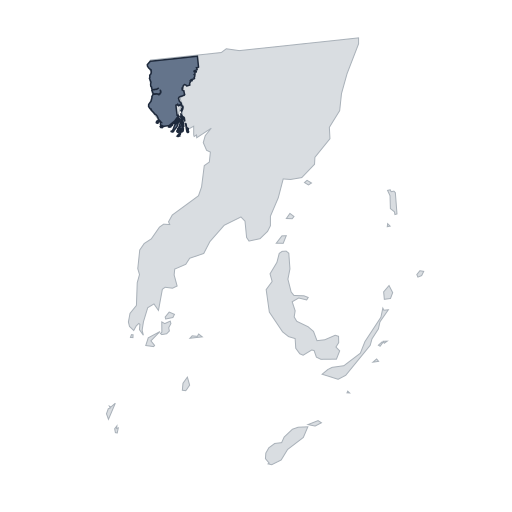 South Fly District, Western, Papua New Guinea (highlighted), rotated 84°
{"feature_id": "67681753B32450151371022", "entity_name": "South Fly District", "entity_type": "district", "adm_level": 2, "iso_a3": "PNG", "parent_name": "Papua New Guinea", "parent_adm1": "Western", "projection": "natural_earth1", "projection_center": [142.961, -8.494], "detail": "fine", "context": "in_parent", "style": "filled", "palette": "slate", "viewbox_px": 512, "rotation_deg": 84, "n_neighbors": 0, "source": "geoboundaries", "source_scale": "gbopen_adm2", "svg_char_len": 9677}
<svg xmlns="http://www.w3.org/2000/svg" viewBox="0 0 512 512"><g transform="rotate(84 256 256)"><path d="M50.1,340.4L50.0,269.2L46.8,263.9L50.0,251.2L49.8,131.2L55.7,131.8L84.2,146.4L103.4,154.0L120.2,157.6L135.7,169.6L147.1,170.2L164.0,187.1L170.9,188.2L182.8,202.3L183.5,213.7L182.2,220.9L200.5,227.8L217.9,237.5L227.4,238.5L232.7,241.9L239.2,250.2L240.4,261.4L236.6,263.4L220.2,263.3L215.6,266.9L222.1,284.4L236.9,300.4L248.0,307.7L251.3,322.2L256.9,326.7L260.5,338.2L266.3,339.4L277.6,337.6L279.3,342.4L277.6,349.6L279.3,352.6L299.9,358.7L293.0,362.5L296.1,369.1L309.6,374.8L317.9,377.0L323.0,376.3L317.1,379.6L311.8,378.6L310.8,379.6L313.0,382.4L317.3,385.4L312.8,389.2L308.3,389.8L299.9,387.3L292.7,380.1L270.1,376.9L262.3,373.8L256.2,374.9L237.9,371.0L231.9,365.9L228.0,358.3L217.2,349.0L214.7,344.5L215.7,338.5L212.8,339.4L206.5,335.0L190.1,306.9L181.6,302.9L160.7,298.0L157.7,292.6L147.9,290.5L145.7,294.1L137.7,296.6L131.0,293.9L124.2,287.1L132.2,302.6L129.4,302.5L130.7,305.0L129.2,305.3L120.4,304.4L123.1,310.8L108.7,314.4L98.0,313.2L92.9,314.7L90.8,314.6L88.0,309.8L84.1,310.7L87.4,310.8L91.5,316.3L100.5,315.5L109.2,319.7L116.5,328.9L116.2,335.3L96.3,347.1L84.8,342.0L67.9,343.4L62.0,341.4L54.4,343.7L50.1,340.4ZM350.8,182.8L354.9,186.0L359.1,182.7L367.0,186.8L365.5,202.3L362.9,206.5L356.1,208.1L355.3,210.4L359.6,219.5L357.8,222.7L351.9,226.1L342.2,225.7L339.6,232.0L334.2,237.5L313.2,248.6L290.5,249.4L283.0,242.6L275.2,243.9L264.6,235.9L255.8,232.6L254.1,229.5L254.3,225.5L256.7,223.1L272.4,223.6L282.4,226.7L295.5,224.8L299.2,222.4L300.6,212.5L302.7,208.4L305.0,210.2L302.2,217.9L305.3,224.8L314.6,222.8L320.6,224.4L325.2,222.3L331.8,211.6L337.0,206.7L346.6,204.2L346.5,196.3L343.1,185.5L344.5,182.3L350.8,182.8ZM465.2,262.2L464.0,265.7L463.3,264.6L458.5,267.8L453.0,266.8L448.1,263.3L444.4,257.0L444.3,250.0L439.0,246.9L432.1,237.9L430.7,232.0L431.3,222.3L441.4,227.9L451.7,244.8L461.5,252.3L465.2,262.2ZM387.2,187.2L380.5,202.6L376.3,196.3L374.7,191.9L374.3,180.1L363.6,162.4L352.5,156.6L330.0,138.2L321.1,135.3L323.3,134.5L323.3,130.0L334.4,139.6L341.3,141.9L350.5,149.3L356.8,151.8L384.0,179.2L387.2,187.2ZM207.6,110.8L228.9,111.4L229.3,113.5L226.5,113.7L222.9,117.4L210.1,116.4L204.5,118.3L204.2,115.6L206.2,114.9L205.9,112.1L207.6,110.8ZM314.3,347.7L318.2,350.3L321.5,350.0L324.0,353.0L324.3,358.0L323.0,359.2L322.0,357.6L311.7,356.6L313.7,353.8L311.8,348.1L314.3,347.7ZM312.5,132.9L305.0,132.8L299.3,126.8L306.7,123.9L312.3,126.7L312.5,132.9ZM329.4,369.4L334.3,366.2L335.4,367.3L333.5,375.0L326.1,371.7L321.1,359.4L329.4,369.4ZM369.3,336.9L377.5,335.5L381.4,338.8L382.6,340.0L381.8,343.3L374.9,341.9L369.3,336.9ZM387.7,411.3L403.0,419.8L397.3,421.2L392.5,418.9L391.9,416.8L390.0,417.5L391.0,416.1L387.7,411.3ZM245.4,234.5L238.7,228.1L239.0,223.8L246.2,227.6L245.4,234.5ZM309.2,352.4L307.2,352.7L302.7,348.2L305.5,343.2L308.5,345.1L309.2,352.4ZM429.1,221.9L426.2,211.5L428.7,208.4L431.3,215.0L429.1,221.9ZM221.9,221.9L217.2,217.8L220.7,214.1L222.7,216.1L221.9,221.9ZM293.9,97.2L291.3,98.0L287.8,94.6L288.8,90.8L292.8,93.3L293.9,97.2ZM190.8,196.4L188.0,200.1L186.1,197.3L189.2,193.2L190.8,196.4ZM330.8,317.9L330.9,330.3L328.7,327.8L329.8,322.7L327.6,321.2L330.8,317.9ZM118.3,321.1L122.9,326.2L111.8,318.0L118.3,321.1ZM122.3,319.9L116.2,317.8L115.0,316.2L122.2,317.0L122.3,319.9ZM417.5,412.5L417.0,414.3L413.0,414.6L410.4,412.1L413.0,412.7L412.5,410.9L417.5,412.5ZM373.6,145.1L373.8,150.8L371.0,146.8L373.6,145.1ZM358.7,142.0L357.5,143.6L354.6,139.6L355.2,138.8L358.7,142.0ZM324.3,386.9L323.9,389.4L321.2,388.1L321.5,386.5L324.3,386.9ZM356.2,137.6L354.1,138.3L354.4,134.4L356.2,137.6ZM240.3,119.5L240.6,122.4L237.6,121.7L240.3,119.5ZM402.0,177.2L401.6,179.8L400.0,178.9L402.0,177.2Z" fill="#d9dde1" stroke="#a8b0b8" stroke-width="1"/><path d="M97.4,315.6L97.7,314.9L97.6,315.0L98.3,314.6L96.2,314.4L93.9,316.1L91.0,316.6L90.1,316.0L89.5,314.8L89.1,312.3L88.6,311.2L88.7,310.7L88.1,310.1L84.9,310.5L83.8,311.1L83.2,312.0L81.6,312.0L81.1,311.9L81.0,311.7L80.7,311.2L79.0,310.5L78.0,309.2L78.6,307.9L79.7,307.1L79.1,304.0L77.1,303.9L76.1,303.1L75.0,303.2L75.2,301.5L74.8,301.2L74.2,302.2L73.9,302.2L73.4,299.2L72.9,298.6L72.1,298.9L71.4,298.3L69.4,297.8L69.4,298.4L69.1,298.6L68.5,297.7L66.3,297.3L65.9,298.0L66.7,298.4L65.6,298.3L65.3,297.6L66.5,297.0L66.7,296.2L66.3,296.1L66.0,296.7L65.6,296.7L64.8,296.2L64.5,295.1L62.5,295.5L62.6,294.4L62.1,293.4L51.2,293.4L51.3,340.8L54.3,344.1L55.8,344.1L57.6,343.2L58.8,342.2L59.7,341.0L60.2,340.8L60.4,341.1L61.9,340.8L63.4,341.2L64.3,341.8L65.1,342.8L67.3,342.9L68.1,343.4L72.1,342.3L74.3,342.9L76.1,342.9L77.2,342.1L78.0,342.3L79.7,341.9L79.9,339.6L79.7,339.1L79.8,337.5L79.0,335.9L78.5,336.0L79.0,335.7L79.9,337.4L79.8,339.0L80.0,339.5L79.9,341.9L80.6,342.3L81.8,341.7L82.4,341.8L83.1,341.6L84.2,340.3L84.2,338.1L84.6,336.6L85.3,335.8L84.9,335.5L84.8,335.0L84.4,334.9L83.7,333.8L82.6,333.8L82.2,333.6L81.2,333.9L81.0,333.3L81.3,333.7L82.2,333.4L82.6,333.7L83.1,333.5L83.8,333.7L84.0,334.2L84.4,334.4L84.5,334.9L84.9,334.8L85.0,335.4L85.5,335.7L85.2,336.3L84.8,336.5L84.5,338.2L84.6,339.7L84.3,341.3L86.6,342.9L87.6,342.9L91.0,344.1L94.0,346.9L96.0,347.2L97.9,346.3L98.9,345.4L98.6,344.4L99.0,345.4L99.6,344.8L100.0,345.0L102.9,342.6L104.2,342.0L104.7,341.0L106.5,339.7L108.8,338.9L110.1,338.7L110.8,337.9L112.8,336.5L112.6,337.0L111.3,337.7L112.3,337.6L113.9,337.0L115.4,337.3L116.1,336.7L116.2,336.4L116.3,336.7L117.4,335.8L117.7,335.2L117.6,334.5L117.4,334.6L117.2,328.8L113.1,322.7L108.8,318.8L107.8,318.6L107.8,319.8L97.8,319.9L97.4,319.6L97.5,318.8L97.2,318.4L97.6,318.0L97.4,317.9L97.8,317.8L97.6,317.3L97.9,317.6L98.1,317.1L98.3,317.1L98.0,316.5L98.1,316.3L97.9,316.3L97.9,316.0L97.4,315.6ZM116.7,319.8L113.6,319.2L112.5,317.7L111.9,317.4L111.2,317.8L113.5,320.1L115.9,321.2L117.4,323.2L121.5,325.2L122.6,326.0L123.1,327.4L123.5,327.3L124.0,326.0L123.7,325.1L122.5,324.4L119.1,321.1L116.7,319.8ZM116.5,316.2L115.3,315.5L114.7,316.3L117.0,318.0L118.1,318.2L119.4,317.8L120.6,318.5L121.3,318.3L121.9,316.4L121.4,315.9L116.5,316.2ZM122.5,318.0L122.0,317.5L121.4,318.4L120.9,318.6L120.2,318.5L119.3,317.8L118.2,318.3L120.8,319.8L121.3,320.6L122.0,320.7L122.3,320.6L122.3,320.2L121.8,320.3L121.7,319.9L120.4,319.4L121.9,320.0L122.4,319.9L122.9,318.9L122.5,318.0ZM124.0,315.4L121.8,314.9L120.7,315.3L122.0,315.9L123.4,317.5L124.1,317.1L124.8,317.0L124.6,316.4L124.5,316.5L124.2,316.5L124.6,316.1L124.0,315.4ZM123.1,310.2L123.3,310.9L123.1,311.9L125.4,311.7L126.1,310.9L125.9,310.3L125.4,310.0L124.2,310.4L123.1,310.2ZM114.1,314.8L110.5,315.0L109.8,315.4L111.4,315.9L113.3,315.9L114.1,315.4L114.1,314.8ZM124.8,320.3L123.7,319.5L123.0,319.8L122.7,320.9L123.1,321.5L123.9,321.7L124.8,321.0L124.8,320.3ZM121.0,311.5L121.1,312.0L122.9,311.9L123.2,310.9L123.0,310.2L122.1,310.1L121.0,311.5ZM116.6,314.2L115.0,314.4L114.5,314.7L116.1,314.6L118.7,315.1L119.6,315.0L119.9,314.6L119.6,314.3L116.6,314.2ZM127.0,318.6L126.2,318.3L125.9,319.3L126.9,320.3L127.3,320.2L127.1,320.5L127.4,320.7L127.9,320.3L128.0,319.6L127.7,319.0L127.0,318.5L126.8,318.4L127.0,318.6ZM118.2,337.3L118.6,335.9L118.2,335.4L116.9,336.3L116.5,337.1L117.2,337.7L117.6,337.0L118.2,337.3ZM99.4,313.2L101.0,314.0L101.0,313.6L102.2,314.8L103.2,314.6L102.5,313.7L101.0,313.7L100.0,313.0L99.4,313.2ZM113.6,339.6L112.9,339.6L111.7,340.3L111.6,340.7L112.7,341.2L113.1,341.2L113.7,340.3L113.6,339.6ZM109.7,313.8L114.0,313.0L114.6,312.7L111.1,312.8L109.7,313.8ZM117.9,326.9L118.3,329.4L118.5,329.5L118.8,329.0L118.8,327.6L118.6,327.1L117.9,326.9ZM115.1,323.1L115.3,322.9L115.0,322.1L113.2,321.0L114.4,322.9L115.1,323.1ZM128.9,320.6L128.8,320.1L128.6,320.2L128.1,321.2L128.2,320.3L127.8,320.8L127.7,320.6L127.6,321.0L128.5,321.9L129.0,321.3L129.0,320.3L128.9,320.6ZM111.8,339.9L112.7,339.1L111.8,338.5L111.3,338.9L111.1,339.3L111.2,339.7L111.8,339.9ZM114.1,318.6L114.4,318.4L113.8,317.5L113.1,317.2L112.8,317.3L113.4,318.4L114.1,318.6ZM124.2,318.2L125.1,317.7L124.8,317.1L124.2,317.1L123.6,317.6L124.2,318.2ZM108.0,315.5L109.4,315.2L110.0,314.7L109.4,314.6L107.6,315.4L108.0,315.5ZM117.2,312.2L120.3,312.0L120.7,311.9L120.9,311.8L121.0,311.6L117.3,311.8L117.2,312.2ZM123.2,318.4L123.1,317.6L122.0,316.5L121.9,317.3L123.2,318.4ZM117.2,325.5L115.9,325.2L116.1,325.6L117.9,326.6L117.2,325.5ZM113.0,321.6L111.1,319.4L110.9,319.4L110.9,320.0L113.0,321.6ZM117.1,327.2L117.3,326.8L115.7,325.9L116.6,327.0L117.1,327.2ZM81.2,311.8L82.2,311.7L81.8,311.4L80.9,311.2L81.2,311.8ZM117.0,315.2L116.2,315.2L116.0,315.3L116.8,315.8L117.2,315.7L117.0,315.2ZM110.8,319.9L110.8,319.3L110.0,318.9L110.2,319.5L110.8,319.9ZM111.2,314.3L112.8,314.2L112.3,314.0L111.2,314.3ZM115.7,323.9L115.6,323.1L115.1,323.3L115.5,323.8L115.7,323.9ZM103.5,315.5L104.2,315.4L103.2,315.2L103.5,315.5ZM118.0,315.7L117.9,315.3L117.2,315.2L117.3,315.7L118.0,315.7ZM103.3,314.7L104.1,314.7L103.0,314.0L103.3,314.7ZM109.1,317.0L109.6,316.6L109.0,316.6L109.1,317.0ZM114.6,316.0L114.7,315.6L114.6,315.4L114.3,315.7L114.6,316.0ZM114.7,318.2L114.5,317.7L114.2,317.7L114.4,318.1L114.7,318.2ZM113.1,320.7L112.3,320.0L112.5,320.4L113.1,320.7ZM82.9,311.7L83.4,311.6L83.5,311.4L82.9,311.7ZM114.1,318.9L114.8,318.9L114.1,318.8L114.1,318.9ZM125.7,318.7L125.5,318.3L125.2,318.6L125.7,318.7ZM107.2,315.6L107.1,315.9L107.5,315.8L107.5,315.7L107.2,315.6ZM115.8,315.1L115.6,314.8L115.4,314.8L115.4,315.0L115.8,315.1ZM113.5,321.0L114.1,321.2L113.4,320.9L113.5,321.0ZM118.3,315.7L118.3,315.4L118.0,315.4L118.1,315.5L118.3,315.7ZM84.4,310.4L84.8,310.1L84.4,310.3L84.4,310.4ZM109.1,317.6L109.4,317.6L109.1,317.6ZM111.0,317.6L111.2,317.4L111.0,317.5L111.0,317.6ZM82.3,311.9L82.5,311.7L82.2,311.8L82.3,311.9ZM98.4,314.6L98.0,314.8L97.9,314.9L98.1,314.8L98.4,314.6Z" fill="#64748b" stroke="#1e293b" stroke-width="1.5"/></g></svg>